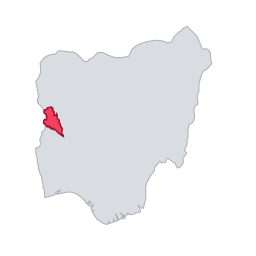 location of Borgu, Niger, Nigeria, rotated 348°
{"feature_id": "59680162B99837769325291", "entity_name": "Borgu", "entity_type": "district", "adm_level": 2, "iso_a3": "NGA", "parent_name": "Nigeria", "parent_adm1": "Niger", "projection": "natural_earth1", "projection_center": [4.162, 10.194], "detail": "fine", "context": "in_parent", "style": "filled", "palette": "rose", "viewbox_px": 256, "rotation_deg": 348, "n_neighbors": 0, "source": "geoboundaries", "source_scale": "gbopen_adm2", "svg_char_len": 5806}
<svg xmlns="http://www.w3.org/2000/svg" viewBox="0 0 256 256"><g transform="rotate(348 128 128)"><path d="M207.3,41.2L214.8,53.0L216.4,61.7L217.1,66.0L218.3,66.5L220.6,66.7L222.3,67.6L223.3,69.0L223.9,70.4L224.0,71.2L223.6,76.4L223.1,78.3L223.4,80.9L223.3,82.0L223.1,82.7L222.1,83.6L220.7,84.4L217.4,86.9L216.4,87.3L215.0,87.4L213.8,88.0L212.4,89.3L209.3,94.3L206.7,99.4L204.8,107.5L202.5,110.0L202.1,112.3L201.8,117.4L201.4,118.9L201.1,119.3L198.6,120.3L197.1,121.5L196.3,123.8L195.2,131.6L194.8,132.9L194.0,134.2L192.7,135.7L191.6,136.5L188.7,137.0L186.0,142.9L186.0,143.9L184.8,149.3L182.7,153.3L182.6,155.9L180.0,159.4L178.6,161.8L180.0,164.4L180.1,164.8L175.6,169.0L175.3,169.7L175.2,172.6L174.8,173.4L174.0,174.5L172.7,175.7L171.5,176.6L170.1,177.2L168.7,177.5L168.0,177.1L167.5,176.2L166.8,172.6L166.4,171.8L165.5,171.1L162.0,167.2L159.9,165.8L159.4,165.9L159.1,166.2L158.5,168.2L157.9,169.0L156.8,169.2L154.8,169.3L153.4,169.0L153.1,168.6L152.4,167.0L148.1,170.6L146.5,171.4L144.6,175.7L141.9,177.8L140.0,179.7L134.9,185.5L133.9,187.2L132.9,189.8L130.8,200.7L127.3,207.5L126.8,209.0L126.6,209.0L126.2,209.6L124.8,209.2L124.2,207.9L123.4,207.7L121.9,205.8L121.6,206.1L123.2,210.9L122.6,212.7L118.3,212.7L114.6,213.4L112.1,213.3L110.8,212.6L110.3,210.9L110.0,211.1L109.9,212.0L109.1,212.7L106.3,212.9L105.0,211.7L104.0,210.3L102.9,209.7L103.1,210.3L104.3,211.6L104.2,213.5L101.9,215.7L100.4,215.8L99.5,214.9L99.1,213.3L98.8,211.1L98.2,209.6L97.9,209.6L98.3,212.0L98.3,214.4L99.4,216.2L97.8,216.7L95.8,216.8L95.5,216.1L95.2,214.6L94.9,214.2L94.5,216.8L90.4,217.5L89.8,217.3L89.7,216.9L90.0,216.2L89.9,215.1L89.0,215.9L88.8,217.7L88.3,217.9L86.8,217.7L85.0,216.8L82.3,214.6L78.8,211.0L78.3,209.4L77.3,207.4L75.5,202.0L75.9,201.7L76.6,202.0L77.0,201.5L75.6,201.2L75.3,200.8L75.2,199.6L75.3,198.1L77.4,197.3L77.9,196.4L78.2,195.5L75.6,196.9L73.1,195.4L72.6,194.4L72.8,193.7L75.7,193.7L76.7,193.0L76.1,192.7L75.0,192.7L74.6,192.3L74.6,191.2L74.3,191.4L73.8,192.4L72.1,193.1L71.1,192.4L71.0,190.8L70.8,190.0L70.0,189.5L67.1,185.2L63.4,181.6L60.1,179.2L55.2,178.0L44.9,178.0L44.3,177.7L44.9,177.1L45.8,176.7L49.2,174.7L48.6,174.5L45.1,175.7L44.0,175.8L42.4,178.2L32.3,178.8L32.3,177.7L32.7,174.5L33.4,172.3L32.7,169.7L32.5,167.3L32.9,166.6L33.1,165.7L33.0,159.5L33.5,158.6L33.6,158.0L32.5,155.4L32.5,153.4L32.3,151.5L32.0,150.6L32.4,143.1L32.2,141.2L32.6,139.9L32.8,136.7L32.7,133.5L33.4,128.6L37.8,127.9L38.8,125.9L39.4,123.5L39.2,121.0L40.7,118.9L42.4,117.0L42.3,114.9L42.8,114.2L43.6,113.7L44.7,113.5L46.0,112.5L46.8,110.6L47.5,107.7L46.4,105.7L46.4,105.2L46.8,104.1L47.5,103.0L48.0,102.7L49.3,103.0L49.7,102.5L50.5,99.3L50.4,98.5L49.3,96.3L48.6,90.5L48.3,89.7L47.4,88.6L44.9,84.5L45.0,82.6L46.0,80.1L46.7,78.9L47.6,78.2L47.8,77.7L47.5,77.0L47.0,76.4L46.9,75.3L47.4,73.8L47.3,72.0L47.5,63.3L49.5,61.5L52.3,58.7L53.8,55.7L54.6,53.4L55.6,45.8L57.1,45.0L59.9,42.3L63.9,40.7L66.4,40.2L70.9,40.5L73.1,40.2L75.0,38.7L75.9,38.3L77.1,38.1L88.2,42.0L89.2,41.8L90.1,42.1L91.5,43.1L94.8,46.8L98.2,52.4L99.3,53.6L100.4,54.3L101.4,54.5L102.3,54.4L103.1,53.9L104.1,52.8L105.8,52.3L107.1,52.4L114.0,48.1L114.7,48.0L118.9,49.0L124.7,53.3L129.5,56.2L132.8,57.1L136.7,57.8L143.4,58.0L148.4,51.9L150.2,50.6L152.5,49.4L157.1,48.2L164.9,47.5L172.2,47.8L176.7,48.8L181.5,50.8L183.5,52.7L186.8,53.1L189.1,52.7L189.8,50.8L192.1,48.3L195.6,46.0L198.4,44.4L200.7,43.7L202.8,41.8L204.5,41.3L207.3,41.2ZM106.5,215.3L105.0,215.9L104.0,215.7L105.4,213.3L106.1,213.8L107.0,214.0L106.5,215.3Z" fill="#d9dde1" stroke="#a8b0b8" stroke-width="1"/><path d="M49.9,109.5L49.9,109.4L50.2,109.5L50.3,109.7L50.5,109.8L50.8,109.7L51.0,109.8L51.3,110.0L51.5,110.2L51.6,110.4L51.4,110.4L51.4,110.6L51.4,110.9L51.7,110.9L51.9,110.7L52.1,110.7L52.4,110.9L52.4,111.0L52.2,111.2L52.1,111.3L52.4,111.4L52.5,111.5L52.7,111.8L52.3,112.0L52.1,112.1L52.1,112.3L52.3,112.4L52.6,112.4L52.6,112.5L52.9,112.5L53.1,112.6L53.4,112.6L53.4,112.9L53.4,113.2L53.5,113.3L53.8,113.2L54.0,113.3L54.3,113.4L54.5,113.5L54.7,113.2L55.0,112.9L55.2,113.1L55.2,113.3L55.2,113.5L55.4,113.3L55.5,113.3L55.9,114.1L56.5,114.8L57.3,115.9L57.5,116.1L57.7,116.4L58.8,118.4L59.4,118.9L60.3,119.9L61.1,120.9L61.3,121.2L62.5,122.2L63.0,122.7L63.1,122.1L63.1,121.7L63.0,121.4L62.4,120.2L62.0,119.0L62.3,118.2L62.6,117.3L63.0,116.4L63.4,115.6L63.5,115.2L63.4,114.9L63.5,114.6L63.3,114.1L63.2,114.1L62.9,113.6L62.9,113.3L62.8,113.1L62.7,113.1L62.6,112.7L62.7,112.3L62.6,112.1L62.6,111.8L62.5,111.7L62.4,111.4L62.4,111.2L62.4,110.9L62.5,110.6L62.6,110.1L62.4,109.4L62.2,109.3L62.1,109.2L61.7,108.8L61.7,108.6L61.7,108.0L62.1,107.1L62.3,106.6L62.3,106.1L62.3,105.9L62.2,105.7L61.9,105.3L61.5,105.1L61.4,105.0L61.1,104.8L61.0,104.5L61.0,104.3L61.0,103.8L61.0,103.4L60.9,102.8L61.0,101.9L61.2,101.0L61.4,100.7L61.2,99.6L61.1,99.8L60.9,100.1L60.8,100.5L60.7,100.9L60.5,100.7L60.5,100.3L60.5,100.2L60.4,100.1L60.1,100.1L59.9,100.2L59.9,100.4L59.7,100.5L59.4,100.5L59.0,100.3L58.6,100.3L58.2,100.4L58.2,100.2L58.4,99.8L58.6,99.3L58.6,99.1L58.7,98.9L58.8,98.5L58.9,98.1L58.7,97.8L59.0,96.5L57.8,95.3L58.2,94.9L58.6,93.5L58.5,92.9L58.2,92.9L57.6,92.8L57.6,92.7L57.4,92.4L57.3,92.1L57.4,91.9L57.5,91.7L57.4,91.5L57.2,91.5L56.9,91.6L56.6,91.5L56.1,91.5L55.9,91.5L55.3,91.5L54.8,91.5L54.5,91.5L54.3,91.5L53.2,91.6L52.4,92.6L52.1,93.0L50.0,93.0L49.5,93.5L49.6,93.9L49.3,94.8L49.2,95.0L49.1,95.3L49.1,95.7L49.2,95.8L49.7,96.5L50.4,97.3L50.5,97.4L50.7,97.9L50.8,98.6L50.8,99.7L50.2,102.3L49.9,103.1L49.5,103.0L49.3,102.9L49.0,102.7L48.8,102.6L48.4,102.3L48.2,102.3L47.4,102.9L47.3,103.0L46.4,105.6L47.3,106.7L47.4,107.0L47.7,107.1L47.8,107.2L48.0,107.3L48.1,107.5L48.1,107.8L48.5,108.6L48.6,108.8L48.6,109.0L48.8,109.4L48.9,109.2L49.0,109.1L49.1,109.3L49.3,109.5L49.5,109.8L49.5,110.0L49.8,110.1L49.7,109.9L49.6,109.7L49.9,109.5L49.9,109.5Z" fill="#f43f5e" stroke="#9f1239" stroke-width="1.5"/></g></svg>